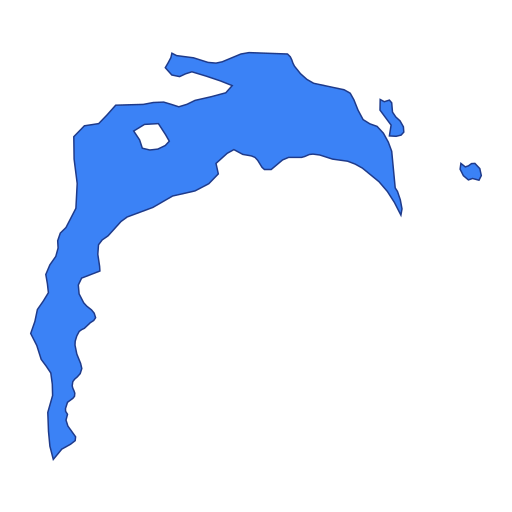 an SVG outline of Bakı
{"feature_id": "AZE-1689", "entity_name": "Bakı", "entity_type": "Municipality", "adm_level": 1, "iso_a3": "AZE", "parent_name": "Azerbaijan", "parent_adm1": "", "projection": "mercator", "projection_center": [49.815, 40.127], "detail": "fine", "context": "isolated", "style": "filled", "palette": "blue", "viewbox_px": 512, "rotation_deg": 0, "n_neighbors": 0, "source": "natural_earth", "source_scale": "10m", "svg_char_len": 2406}
<svg xmlns="http://www.w3.org/2000/svg" viewBox="0 0 512 512"><path d="M171.9,53.2L176.6,55.6L193.5,57.8L208.0,62.4L216.0,63.1L222.2,61.8L240.9,54.0L249.0,52.6L287.5,54.0L290.3,56.8L291.8,59.9L292.9,63.1L294.4,66.1L300.4,73.6L306.9,79.4L313.7,83.3L344.2,89.8L350.2,93.2L353.9,99.8L358.0,110.1L363.1,119.6L369.8,123.8L377.1,126.4L383.4,133.2L388.3,142.1L391.7,151.3L395.2,187.9L397.5,191.5L400.3,199.8L402.0,208.9L400.9,215.1L394.4,202.4L387.4,191.5L379.0,181.7L362.4,168.1L355.2,164.1L347.6,161.2L332.5,159.1L319.8,155.0L313.0,154.1L309.3,154.5L304.7,156.5L301.5,157.4L288.6,157.4L282.6,159.9L271.2,169.5L264.4,169.5L262.0,167.3L257.7,160.3L255.0,157.4L251.4,155.9L242.8,154.4L233.9,149.6L227.2,153.3L216.0,163.4L218.3,173.9L208.8,183.7L195.0,190.9L172.6,196.0L152.9,207.4L127.1,217.0L121.0,221.5L108.1,235.8L102.2,239.9L98.5,244.8L97.8,254.3L99.6,266.3L99.9,271.0L81.6,278.1L78.3,285.0L79.1,293.9L83.7,302.8L86.7,306.1L91.5,309.9L94.2,313.2L95.6,317.7L93.7,320.5L90.3,322.7L84.4,328.3L81.7,329.6L79.2,331.4L76.8,335.9L75.2,341.2L75.0,345.1L76.8,354.0L80.6,363.4L81.8,368.5L80.2,373.6L77.3,376.9L74.7,379.1L72.8,381.6L72.2,385.8L72.8,388.2L73.9,390.6L74.8,393.2L74.5,396.3L73.0,398.2L67.5,402.3L65.5,408.5L65.6,411.3L67.5,414.3L66.0,420.1L67.9,426.1L75.6,436.8L75.2,440.6L70.6,444.2L61.8,449.1L53.3,459.4L49.9,446.2L48.5,431.4L47.8,412.4L52.6,395.5L52.3,384.1L50.8,373.0L46.2,366.1L41.2,359.4L36.8,345.5L30.7,333.5L34.9,321.4L37.4,309.5L43.2,301.2L48.4,292.7L47.4,283.7L45.8,274.5L49.9,264.8L55.8,256.4L58.1,248.0L57.7,240.7L60.3,233.1L66.0,227.5L75.9,208.3L77.2,183.5L74.1,159.1L73.8,136.7L84.4,125.8L98.7,123.6L106.9,115.1L115.7,105.2L143.3,104.4L153.4,102.5L163.7,102.1L171.4,104.4L178.8,106.8L187.0,104.3L195.0,100.4L210.4,96.9L225.8,92.8L232.2,85.6L220.4,80.9L206.1,76.1L191.9,71.8L185.6,73.8L179.6,76.6L171.8,75.0L165.3,67.7L168.2,62.7L170.9,57.6L171.9,53.2ZM133.7,131.0L134.6,132.4L139.6,139.9L142.3,148.2L149.8,150.0L157.8,149.1L165.3,145.5L169.3,141.2L165.6,134.7L158.4,123.6L144.5,124.4L133.7,131.0ZM401.1,135.1L396.1,136.3L389.4,135.9L391.1,125.1L380.0,110.1L380.2,99.5L384.3,101.7L389.4,100.1L391.7,102.8L392.5,112.1L395.8,117.0L400.0,120.8L403.4,126.8L403.8,132.1L401.1,135.1ZM479.0,180.2L472.6,178.5L468.4,179.9L463.4,175.7L460.1,169.2L460.9,163.4L465.3,166.9L468.5,165.8L471.5,163.6L474.9,163.4L479.8,168.6L481.3,175.6L479.0,180.2Z" fill="#3b82f6" stroke="#1e3a8a" stroke-width="1.5"/></svg>